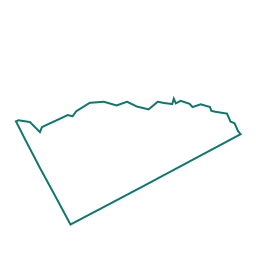 outline of Sherburne, Minnesota, United States of America, rotated 152°
{"feature_id": "52423323B66083863480284", "entity_name": "Sherburne", "entity_type": "district", "adm_level": 2, "iso_a3": "USA", "parent_name": "United States of America", "parent_adm1": "Minnesota", "projection": "robinson", "projection_center": [-93.859, 45.403], "detail": "fine", "context": "isolated", "style": "outline", "palette": "teal", "viewbox_px": 256, "rotation_deg": 152, "n_neighbors": 0, "source": "geoboundaries", "source_scale": "gbopen_adm2", "svg_char_len": 606}
<svg xmlns="http://www.w3.org/2000/svg" viewBox="0 0 256 256"><g transform="rotate(152 128 128)"><path d="M31.5,69.7L32.3,73.5L31.7,82.2L34.5,85.6L33.8,94.2L44.1,102.0L46.3,104.1L45.8,108.1L52.7,114.8L61.2,116.2L62.3,120.5L68.8,127.3L74.2,127.3L73.8,132.4L77.7,128.4L84.5,133.2L89.4,137.2L101.1,134.8L110.1,142.8L116.5,151.6L127.5,153.3L137.0,162.5L150.0,168.2L165.8,167.1L171.4,164.4L175.1,167.7L203.5,169.2L207.7,165.7L211.8,179.3L221.0,186.2L223.8,186.5L224.2,166.5L224.5,134.4L224.4,123.5L224.2,102.2L224.1,69.8L149.1,69.5L74.5,69.6L31.5,69.7Z" fill="none" stroke="#0f766e" stroke-width="2"/></g></svg>